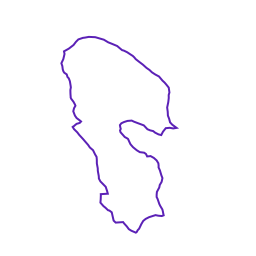 Kabba/Bunu, Kogi, Nigeria (Natural Earth projection), rotated 339°
{"feature_id": "59680162B92155854422456", "entity_name": "Kabba/Bunu", "entity_type": "district", "adm_level": 2, "iso_a3": "NGA", "parent_name": "Nigeria", "parent_adm1": "Kogi", "projection": "natural_earth1", "projection_center": [6.213, 8.074], "detail": "fine", "context": "isolated", "style": "outline", "palette": "violet", "viewbox_px": 256, "rotation_deg": 339, "n_neighbors": 0, "source": "geoboundaries", "source_scale": "gbopen_adm2", "svg_char_len": 2420}
<svg xmlns="http://www.w3.org/2000/svg" viewBox="0 0 256 256"><g transform="rotate(339 128 128)"><path d="M89.0,43.7L88.9,46.6L88.1,49.9L88.0,52.0L88.3,53.5L90.0,56.0L89.8,58.7L90.5,60.4L90.5,62.2L90.5,63.5L89.6,67.9L89.2,69.6L87.8,71.9L86.9,74.4L86.3,76.2L85.8,77.9L85.4,79.0L85.4,80.2L86.5,84.0L86.9,87.1L86.9,88.4L84.7,90.2L82.9,92.8L82.9,95.4L82.9,97.4L83.6,100.3L85.8,103.8L86.5,105.1L84.9,105.9L83.6,105.9L81.5,105.7L79.1,106.5L78.4,106.8L77.3,107.0L76.7,107.2L76.9,108.1L77.2,109.7L79.1,113.9L80.0,117.0L82.0,122.0L83.1,125.1L84.7,129.5L85.4,132.5L87.4,136.2L87.8,140.8L87.9,141.4L88.3,143.7L87.6,146.2L86.2,150.0L85.3,154.8L84.6,156.8L84.4,157.5L83.5,162.3L83.1,163.6L82.7,164.8L83.1,168.0L86.1,174.9L85.9,179.2L85.6,182.1L78.9,180.0L78.6,180.9L78.1,182.1L77.0,184.7L75.5,187.8L77.2,192.4L77.5,192.8L78.4,194.4L79.9,197.6L80.9,198.3L81.3,198.8L82.6,200.9L81.4,209.3L82.6,211.9L89.7,214.1L90.2,215.8L91.6,219.4L92.1,221.2L92.5,222.7L94.4,225.2L96.8,227.5L97.8,228.5L98.9,228.2L100.4,226.9L102.3,226.0L106.0,222.5L108.9,220.2L111.9,219.2L115.8,218.8L122.5,219.2L124.8,220.7L128.0,222.3L130.0,222.3L130.4,219.7L130.6,218.7L130.9,216.4L130.2,212.4L130.0,210.3L130.2,204.6L130.0,202.7L130.9,200.4L132.1,198.0L135.9,194.7L136.9,193.1L137.2,192.6L140.0,190.4L140.5,189.7L142.2,187.1L142.2,184.1L142.6,178.9L142.4,175.8L143.1,174.1L143.7,171.8L143.1,168.5L141.4,165.2L139.0,162.3L137.4,161.9L135.7,161.4L135.5,158.8L134.3,156.9L132.7,156.0L130.4,154.8L128.2,151.9L125.8,147.7L124.5,144.1L124.3,141.6L124.1,138.2L123.3,137.1L121.7,135.2L121.1,133.5L119.5,129.3L119.7,127.4L120.9,126.2L121.1,124.3L121.5,122.4L123.5,121.2L126.4,121.0L130.0,121.2L134.1,122.4L135.9,124.3L139.6,127.6L143.7,131.2L145.7,136.1L147.9,138.2L150.4,139.9L151.6,142.0L154.2,144.9L156.5,146.5L159.3,144.0L163.2,141.7L167.1,142.8L170.0,144.6L173.4,145.3L170.5,140.8L169.3,137.8L169.7,134.2L169.7,130.7L170.9,127.1L171.9,122.9L174.8,118.4L176.8,114.6L177.8,111.8L178.1,111.4L179.4,109.7L180.5,104.9L179.4,101.4L178.4,98.6L177.2,96.2L175.4,91.0L172.7,87.9L170.3,84.6L168.9,81.6L166.8,78.5L164.6,74.2L162.0,70.0L159.9,66.5L159.1,64.1L158.6,63.1L158.3,62.4L157.1,60.8L156.1,59.4L154.4,57.0L151.8,54.2L150.4,53.2L149.1,50.9L147.3,47.6L142.8,43.3L140.2,40.9L137.1,36.9L130.0,31.5L124.1,28.9L120.3,28.2L118.2,27.7L113.4,27.5L110.3,28.9L106.9,31.0L101.2,32.7L95.7,33.5L95.3,36.1L92.3,40.5L89.0,43.7Z" fill="none" stroke="#5b21b6" stroke-width="2"/></g></svg>